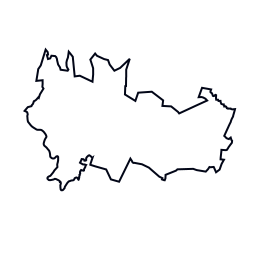 Tlapehuala, Guerrero, Mexico (Natural Earth projection), rotated 7°
{"feature_id": "50627088B3724997365997", "entity_name": "Tlapehuala", "entity_type": "district", "adm_level": 2, "iso_a3": "MEX", "parent_name": "Mexico", "parent_adm1": "Guerrero", "projection": "natural_earth1", "projection_center": [-100.475, 18.277], "detail": "fine", "context": "isolated", "style": "outline", "palette": "ink", "viewbox_px": 256, "rotation_deg": 7, "n_neighbors": 0, "source": "geoboundaries", "source_scale": "gbopen_adm2", "svg_char_len": 5352}
<svg xmlns="http://www.w3.org/2000/svg" viewBox="0 0 256 256"><g transform="rotate(7 128 128)"><path d="M220.8,161.2L224.0,158.1L225.3,152.2L227.1,147.8L223.7,147.8L223.6,146.3L223.5,139.8L223.4,138.3L227.5,138.1L228.1,138.0L229.0,137.5L229.4,136.4L229.5,136.3L229.7,136.0L230.0,135.1L231.1,133.1L231.2,132.9L232.5,130.7L232.9,130.0L232.9,128.0L232.2,127.4L231.1,125.0L229.7,126.4L229.5,126.7L228.0,126.4L227.8,126.3L227.0,126.1L226.7,125.8L226.3,125.5L226.0,125.2L224.5,124.1L224.6,123.8L225.1,122.2L225.6,120.6L225.8,120.0L226.1,119.0L227.6,114.3L227.7,113.9L228.5,111.5L229.2,109.6L229.4,108.2L229.6,107.4L229.8,106.6L230.3,105.2L230.5,104.8L230.5,104.7L230.9,103.7L230.9,103.4L230.9,102.9L231.4,99.8L231.8,97.2L231.9,96.2L229.2,96.8L227.7,96.5L227.5,96.2L224.9,96.6L224.7,96.3L223.7,96.3L222.9,94.9L221.7,94.8L221.0,94.9L221.0,94.1L220.5,94.0L220.1,92.9L219.8,93.0L219.4,93.1L217.7,92.7L216.8,91.1L216.5,89.8L214.5,90.1L213.9,89.0L212.1,89.2L211.7,87.8L211.4,84.1L211.3,84.8L211.2,84.5L211.0,84.4L210.3,84.8L209.7,85.6L209.0,85.9L208.3,85.7L208.2,85.4L207.6,84.2L207.1,83.3L206.3,82.9L205.6,82.5L205.4,82.0L205.5,80.9L205.8,79.6L196.6,79.1L194.4,88.8L197.3,88.3L199.0,88.6L201.3,89.5L203.2,91.1L192.3,97.8L177.0,107.3L176.5,106.8L175.8,106.0L168.2,101.3L160.9,101.8L159.5,101.9L159.5,96.3L147.2,89.1L133.8,91.7L132.0,100.2L120.9,95.1L120.2,86.8L120.9,86.6L120.0,78.3L120.0,77.5L119.9,76.7L119.1,70.3L121.3,59.1L112.9,69.3L107.5,72.8L102.5,67.7L102.1,67.3L99.9,63.0L95.9,62.5L88.4,60.1L86.3,58.1L82.3,64.7L83.8,67.9L86.1,72.9L86.9,79.1L87.1,86.4L73.8,82.0L68.8,83.3L64.5,64.0L61.9,61.4L61.5,61.0L59.9,59.5L59.8,65.3L59.1,68.2L58.9,70.6L59.4,73.4L59.4,73.6L59.6,74.2L59.9,74.8L60.1,75.2L61.7,77.3L61.1,78.5L54.0,78.4L53.1,76.1L51.9,74.7L50.9,73.5L49.4,69.5L49.1,68.2L48.1,66.4L46.9,65.5L43.2,65.6L42.3,68.4L40.2,69.3L38.6,65.5L39.7,64.9L39.0,62.4L36.7,60.2L33.8,76.5L32.5,79.0L31.7,80.5L31.7,82.2L31.3,92.4L37.4,91.0L37.9,94.7L38.0,97.6L39.3,99.2L36.5,105.3L36.3,106.4L35.8,108.9L35.3,108.4L33.5,111.1L32.4,112.2L31.5,112.7L31.4,113.2L31.2,113.3L30.8,115.5L29.7,117.2L29.5,118.1L26.0,119.5L23.6,123.1L23.1,123.8L23.1,124.4L23.4,123.8L23.6,123.7L24.3,123.9L25.1,124.2L25.6,124.4L26.0,124.7L26.2,125.1L26.5,125.8L26.7,126.4L26.8,126.9L26.7,127.4L26.6,128.0L26.6,128.6L26.8,129.3L27.0,130.4L27.2,131.4L27.4,132.2L27.6,132.9L28.0,134.0L28.9,134.9L30.2,136.2L31.0,137.0L32.3,138.1L33.7,138.9L34.5,139.3L35.6,139.8L36.2,140.1L36.6,140.3L37.5,140.7L38.4,140.8L38.7,140.8L39.3,140.7L40.1,140.6L40.8,140.5L41.4,140.5L42.0,140.5L42.7,140.7L43.3,141.1L44.2,141.6L44.8,142.1L45.4,142.6L45.8,143.1L46.5,143.8L47.0,144.4L47.3,144.8L47.4,145.0L47.8,145.7L48.0,146.2L48.1,146.6L48.0,147.1L47.8,147.6L47.4,148.3L46.9,149.6L46.5,151.3L46.3,152.7L46.2,153.5L46.3,154.1L46.4,154.6L46.7,155.2L47.1,155.7L47.6,156.1L47.8,156.2L48.9,156.9L49.8,157.6L51.0,158.8L51.9,159.6L52.5,160.2L52.8,160.7L53.2,161.6L53.5,162.4L53.9,163.8L54.2,165.5L54.6,166.3L54.8,166.4L55.8,167.1L56.7,167.4L57.1,167.4L57.6,167.4L58.7,167.0L59.3,166.3L59.9,165.6L60.2,165.1L60.6,164.9L60.9,164.7L61.1,164.7L61.5,164.6L61.9,164.9L62.2,165.3L62.2,165.7L62.3,166.0L62.4,166.8L62.5,167.5L62.5,168.2L62.6,168.7L62.6,169.2L62.5,169.7L62.5,170.5L62.3,171.7L62.2,173.0L62.7,175.4L60.1,179.1L59.2,181.1L56.8,184.9L55.4,185.7L54.8,186.2L54.4,186.6L54.2,187.2L54.1,187.5L54.2,187.8L54.3,188.2L54.8,188.6L55.3,189.0L55.8,189.3L56.5,189.3L57.3,189.2L58.0,189.0L58.9,188.7L59.7,188.4L60.4,188.2L61.5,187.4L62.6,187.4L65.6,188.4L67.3,189.5L67.2,190.0L67.3,190.0L67.8,190.2L68.0,190.7L68.1,191.1L68.0,192.1L67.8,193.1L68.0,194.0L68.1,194.9L68.3,195.8L68.5,196.4L68.6,197.0L69.0,197.6L69.3,197.7L69.5,197.9L69.9,197.8L70.3,197.8L70.8,197.6L71.1,197.3L71.5,196.8L71.9,196.1L72.4,195.4L72.4,195.0L72.4,194.7L72.6,193.8L73.1,192.8L74.1,190.7L74.6,189.7L75.3,188.8L75.6,188.3L76.0,188.1L76.9,187.7L77.4,187.4L77.8,187.2L78.0,187.1L78.6,186.9L79.1,186.8L79.6,186.7L80.1,186.5L80.4,186.3L80.9,185.5L81.0,185.0L81.2,184.4L81.7,184.0L82.2,183.7L82.5,183.5L82.9,183.4L83.1,183.4L83.6,183.6L84.1,183.8L84.4,184.1L84.4,184.4L84.5,184.6L84.8,185.0L85.0,185.2L85.1,185.3L85.2,185.2L85.3,185.2L85.4,184.9L85.4,184.6L85.5,184.2L85.6,183.4L85.6,182.8L85.5,182.7L85.5,181.9L85.8,181.0L85.6,180.5L85.8,180.4L85.8,180.1L85.8,179.9L85.9,179.5L86.1,179.2L86.0,178.5L85.8,178.2L85.8,177.4L85.8,176.9L86.1,176.7L86.2,176.2L86.4,175.7L86.6,175.4L88.2,175.7L88.7,175.8L89.3,175.7L89.5,175.4L89.4,174.7L89.5,173.9L89.6,173.7L89.8,173.3L89.9,173.0L90.1,172.4L90.3,172.1L90.4,171.2L90.6,170.3L90.9,169.8L90.5,169.7L90.4,169.7L89.4,169.5L88.2,169.6L87.6,169.6L86.5,169.1L86.4,169.1L84.6,168.3L85.4,166.2L85.8,164.5L86.5,164.5L87.1,164.5L87.2,164.4L87.7,164.5L88.3,165.0L88.7,165.3L88.8,165.7L90.0,165.5L90.4,164.9L90.3,164.7L90.2,163.0L90.5,162.4L90.7,161.9L90.9,161.6L92.0,160.3L92.8,159.8L93.4,160.0L93.8,160.2L94.7,160.8L94.8,160.8L96.3,162.0L96.4,161.9L95.1,168.3L95.1,169.1L99.8,170.0L111.4,171.8L117.3,181.1L125.7,182.4L133.4,160.2L134.1,158.1L136.1,160.5L136.5,161.3L137.0,161.7L137.4,161.9L137.8,162.0L138.2,161.9L138.5,161.8L146.3,162.3L153.6,164.8L165.0,172.5L168.3,173.6L168.0,174.9L170.1,175.4L170.5,175.4L170.8,175.4L171.3,173.4L171.0,169.9L180.8,164.5L182.1,163.0L197.7,160.6L201.3,161.4L210.5,161.8L212.4,159.2L213.6,156.8L214.6,156.9L217.8,156.2L217.9,156.3L220.8,161.2Z" fill="none" stroke="#020617" stroke-width="2"/></g></svg>